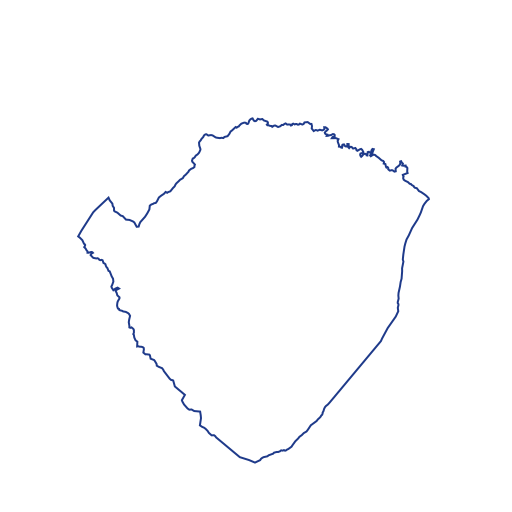 Kitui West, Eastern, Kenya (Equal Earth projection), rotated 220°
{"feature_id": "3690345B81121704285473", "entity_name": "Kitui West", "entity_type": "district", "adm_level": 2, "iso_a3": "KEN", "parent_name": "Kenya", "parent_adm1": "Eastern", "projection": "equal_earth", "projection_center": [37.929, -1.241], "detail": "fine", "context": "isolated", "style": "outline", "palette": "blue", "viewbox_px": 512, "rotation_deg": 220, "n_neighbors": 0, "source": "geoboundaries", "source_scale": "gbopen_adm2", "svg_char_len": 6144}
<svg xmlns="http://www.w3.org/2000/svg" viewBox="0 0 512 512"><g transform="rotate(220 256 256)"><path d="M404.8,156.7L402.7,156.8L399.2,156.5L395.6,154.8L394.7,154.9L393.9,154.6L393.5,153.7L393.3,152.4L391.4,152.2L389.6,151.5L387.9,151.2L387.2,150.2L386.4,150.8L384.8,153.2L383.8,153.7L383.0,153.6L383.6,152.0L383.3,150.4L380.9,150.1L379.4,150.0L376.7,151.5L376.0,152.4L374.9,152.7L373.6,152.4L372.6,152.7L371.8,153.8L370.8,154.1L368.3,152.6L367.2,152.9L366.0,152.9L364.8,152.0L363.1,151.3L362.2,151.3L359.4,149.8L358.2,150.2L353.4,147.6L350.9,146.7L348.8,144.7L347.5,141.2L347.2,139.7L346.2,139.0L343.3,138.1L342.8,140.6L341.7,142.8L340.0,143.0L341.2,140.1L341.1,139.0L339.1,138.2L336.9,136.7L334.0,136.6L333.3,135.7L332.7,132.3L332.1,131.0L330.7,128.9L329.8,128.1L328.0,127.0L327.0,127.4L326.1,126.8L325.3,127.0L323.2,128.0L322.2,128.1L319.8,129.5L317.4,130.0L316.1,130.0L314.0,129.2L312.3,125.8L310.9,123.5L308.1,121.1L307.1,119.9L306.1,120.2L305.5,121.3L303.1,121.3L302.3,121.0L301.6,120.4L300.2,118.7L299.8,117.3L298.9,117.1L296.8,115.3L294.1,114.0L291.8,114.1L288.9,110.3L288.2,111.2L287.2,111.5L285.3,112.9L284.0,113.4L282.9,113.4L281.8,112.3L280.2,109.6L277.5,109.6L276.5,110.5L274.3,111.9L273.4,111.7L270.7,109.6L267.2,110.8L266.2,110.6L262.8,109.4L261.5,108.2L259.2,108.6L255.8,109.7L253.8,109.2L252.6,108.6L243.2,106.5L241.2,106.5L240.4,107.1L239.4,107.4L234.3,103.9L221.2,103.9L220.1,97.9L218.9,97.2L215.7,96.0L210.4,95.2L208.3,95.4L206.7,97.0L203.7,97.5L198.8,100.9L195.9,98.4L193.9,96.4L190.1,90.2L187.4,90.5L185.4,91.1L183.5,91.2L180.6,90.9L178.4,90.2L174.7,90.1L173.0,91.7L171.4,91.8L170.0,91.4L139.1,91.5L130.2,95.2L124.0,97.1L121.6,102.3L121.8,103.9L121.4,105.6L120.8,106.9L118.5,109.9L118.2,111.5L115.8,115.6L115.8,116.9L114.0,119.4L113.1,120.0L112.1,121.8L111.8,123.3L110.4,124.1L109.8,125.3L108.9,125.4L108.2,126.0L107.7,127.9L107.2,128.8L106.2,132.8L106.4,134.0L106.8,139.3L106.4,143.3L106.5,145.4L105.8,148.2L105.6,151.0L104.5,154.0L104.6,156.3L105.2,161.6L103.5,168.6L103.6,170.5L103.3,172.8L103.2,174.4L103.5,175.8L103.3,176.9L103.7,178.1L104.3,178.9L104.6,180.5L105.6,182.8L106.0,184.6L106.0,186.0L105.5,188.4L105.4,191.0L105.6,271.1L106.4,273.9L108.8,285.5L110.0,299.4L111.5,305.1L114.1,307.5L115.4,310.1L116.2,310.8L117.1,311.0L117.8,311.8L119.3,315.0L121.6,317.3L123.1,319.4L126.0,325.0L128.5,329.1L129.9,332.2L134.2,338.2L136.2,340.5L139.5,346.5L141.3,347.7L144.2,352.0L148.3,358.7L149.7,361.6L151.3,365.4L152.2,370.0L154.4,377.8L155.7,387.7L156.9,392.5L157.7,395.3L160.1,401.6L160.5,404.3L160.6,408.0L160.1,410.7L161.0,411.3L164.3,411.6L166.7,411.5L170.6,411.1L172.9,410.5L176.4,411.3L178.2,410.4L179.4,410.5L180.1,410.9L182.4,410.5L183.7,410.7L184.7,410.1L187.0,410.3L190.2,409.5L191.9,409.4L193.4,410.3L194.1,411.8L195.0,412.0L195.7,412.5L193.2,417.0L194.4,417.8L196.6,420.7L198.2,421.1L198.9,420.6L199.6,421.4L201.2,419.8L202.2,419.3L202.9,421.2L204.4,421.3L205.8,421.9L206.3,421.0L205.4,420.2L204.5,418.6L204.6,416.9L205.3,413.9L205.2,412.6L203.4,410.7L204.2,409.6L206.1,409.5L207.1,409.1L208.4,407.4L210.4,407.4L211.2,408.4L212.4,408.7L212.9,407.6L213.8,407.9L216.0,409.6L217.6,408.9L218.3,410.3L219.6,410.6L221.3,410.0L225.2,410.1L228.4,409.8L229.3,410.0L230.3,409.7L231.4,408.8L232.2,406.2L233.3,406.4L233.3,407.7L232.7,409.3L233.4,410.4L234.4,413.5L235.6,412.9L235.5,411.3L234.9,410.2L234.6,408.8L235.5,408.3L236.5,408.4L237.2,407.4L235.3,404.6L236.0,404.2L236.8,404.8L237.7,404.7L238.6,403.9L239.1,402.7L239.0,400.9L239.2,399.6L240.1,399.8L241.2,400.4L241.8,401.6L241.1,402.8L240.3,403.5L240.5,404.6L243.0,405.6L244.3,405.6L245.0,404.5L245.9,401.8L246.9,401.6L247.6,402.2L249.3,402.6L250.7,400.7L252.9,401.0L254.0,400.2L254.0,398.5L255.6,398.7L255.9,400.1L257.0,401.3L258.0,400.5L257.0,399.3L257.3,397.8L258.0,397.5L259.2,397.5L260.1,398.1L261.0,397.4L261.2,396.3L260.3,395.5L259.7,394.2L260.4,393.8L261.2,394.1L262.8,393.1L263.7,394.3L266.4,395.8L267.4,396.6L267.9,398.5L270.6,397.6L273.6,395.0L273.8,396.3L272.6,398.1L273.5,399.3L274.6,399.4L275.5,398.8L276.2,397.0L277.3,395.7L278.1,394.4L279.0,393.5L279.4,394.8L280.7,394.2L281.7,394.2L282.6,394.7L282.7,396.2L282.4,397.5L282.3,399.2L283.1,399.5L285.5,399.3L286.5,398.5L285.3,397.4L285.3,396.1L286.0,394.8L288.3,393.7L289.4,391.6L290.4,391.4L291.4,390.7L292.1,388.8L295.3,389.5L296.6,391.5L298.4,392.8L299.4,392.0L302.5,391.8L304.7,389.5L304.4,387.7L305.0,386.5L307.5,385.6L307.7,384.1L308.7,383.3L309.6,383.3L310.3,382.8L311.0,381.6L312.4,381.4L313.0,380.6L312.6,379.4L313.1,378.4L314.1,378.7L315.3,378.0L316.6,376.7L318.5,376.6L319.1,375.5L319.4,373.8L320.5,373.0L320.8,371.0L322.0,369.0L325.0,368.4L325.9,367.6L326.6,365.4L327.5,365.7L328.7,364.8L330.6,364.1L331.3,363.5L332.1,363.6L332.0,365.0L332.8,366.0L333.8,366.2L337.1,364.9L339.2,365.0L340.7,363.2L342.8,362.3L342.7,359.7L343.4,358.6L344.7,358.3L347.1,359.2L347.6,358.5L348.1,357.2L348.2,355.5L347.2,352.9L347.2,351.8L348.2,351.2L349.3,351.5L350.3,351.0L351.1,350.1L352.3,347.9L352.6,345.3L352.5,344.1L353.2,342.9L353.3,341.9L354.5,341.7L355.1,336.6L355.5,335.0L354.9,332.4L354.8,329.5L356.7,326.9L356.8,325.4L358.5,324.3L359.4,323.1L362.1,321.4L363.2,320.9L366.6,320.5L367.6,320.1L368.6,319.3L370.0,317.6L372.2,317.4L372.9,316.7L373.3,315.4L373.2,314.3L372.9,313.3L373.0,310.5L372.7,309.0L372.8,307.5L372.5,306.2L370.3,304.0L367.6,302.4L366.9,301.7L366.3,299.7L366.0,298.3L366.1,296.1L366.6,294.5L366.6,293.5L366.4,292.3L366.6,291.0L367.1,290.0L366.3,287.9L365.5,287.3L361.6,286.8L361.2,285.7L360.4,284.6L360.7,283.0L361.7,281.1L362.3,278.3L361.9,277.4L362.1,273.1L362.5,270.9L362.1,268.6L363.2,265.5L363.3,263.6L363.7,260.5L363.6,258.9L363.2,257.6L363.1,256.5L363.3,255.1L363.2,250.5L364.4,248.4L364.7,247.3L366.4,247.0L366.5,244.4L367.4,241.4L368.0,238.4L367.0,234.2L366.9,232.2L368.0,230.9L368.4,229.7L369.3,228.2L369.7,226.3L367.6,223.1L366.7,218.7L366.2,214.7L366.4,207.6L365.8,205.4L364.8,203.1L366.2,201.7L370.8,203.5L372.5,203.4L376.1,202.3L379.0,200.3L383.7,200.9L385.7,200.0L390.0,200.1L393.1,199.3L393.9,199.5L395.7,201.6L398.0,202.3L399.7,203.8L403.8,204.6L406.5,205.9L408.6,187.9L408.8,184.8L406.0,163.1L404.8,156.7Z" fill="none" stroke="#1e3a8a" stroke-width="2"/></g></svg>